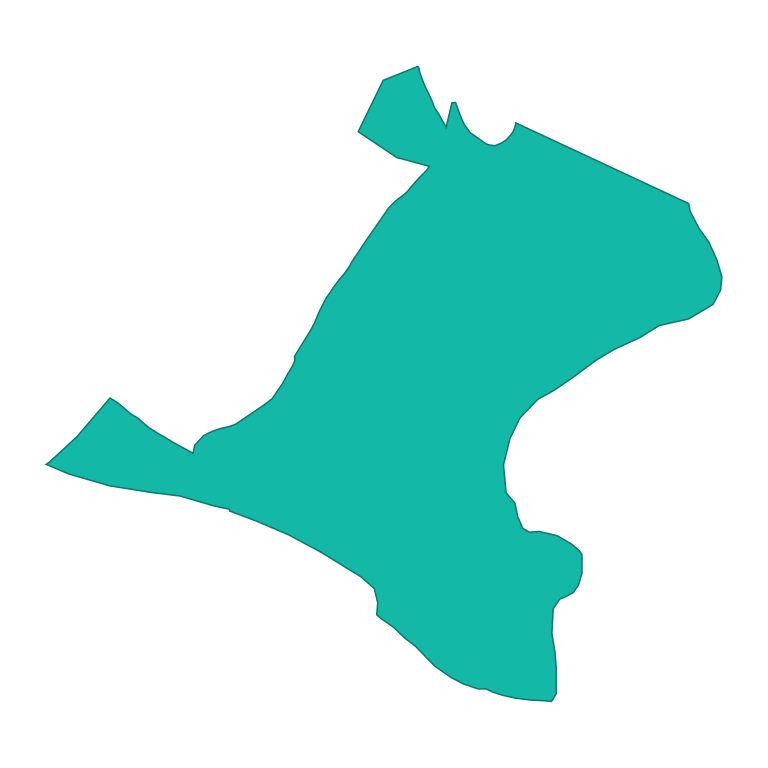 Marisule/East Winds, Gros Islet, Saint Lucia (Mercator projection)
{"feature_id": "8701671B58662152175879", "entity_name": "Marisule/East Winds", "entity_type": "district", "adm_level": 2, "iso_a3": "LCA", "parent_name": "Saint Lucia", "parent_adm1": "Gros Islet", "projection": "mercator", "projection_center": [-60.969, 14.054], "detail": "fine", "context": "isolated", "style": "filled", "palette": "teal", "viewbox_px": 768, "rotation_deg": 0, "n_neighbors": 0, "source": "geoboundaries", "source_scale": "gbopen_adm2", "svg_char_len": 2233}
<svg xmlns="http://www.w3.org/2000/svg" viewBox="0 0 768 768"><path d="M688.8,203.6L515.6,122.8L515.5,124.8L514.6,127.9L512.8,132.2L509.8,136.1L506.0,140.1L501.3,143.1L495.0,145.7L488.2,144.8L484.7,143.1L480.7,140.0L476.2,136.9L470.2,132.7L466.9,128.0L464.5,124.9L461.9,119.3L459.8,114.2L457.9,108.9L455.6,102.5L451.9,102.8L451.4,104.8L446.1,127.4L445.1,125.3L442.3,120.5L438.8,114.2L434.5,107.5L432.0,100.9L427.8,92.0L424.6,85.2L421.7,77.8L419.7,72.0L418.7,67.2L417.7,66.5L383.2,80.3L358.2,131.7L396.6,157.5L429.4,166.3L426.3,170.7L421.4,175.5L415.7,181.7L410.8,187.3L407.3,191.6L401.8,196.4L398.9,198.3L394.1,202.3L388.8,207.7L370.7,233.9L365.6,241.2L359.2,250.9L353.7,258.9L349.2,266.7L344.2,273.8L339.6,279.1L333.1,287.8L329.5,293.4L326.3,297.8L323.5,303.2L319.7,310.6L317.1,316.6L314.5,323.0L310.9,329.7L294.5,356.4L294.9,360.5L292.6,365.8L287.6,374.2L282.7,383.3L276.8,391.9L272.1,398.7L264.2,404.8L251.0,413.8L240.3,421.0L235.7,424.2L229.0,426.6L221.9,428.1L214.2,430.6L209.9,432.4L203.6,435.7L194.7,445.2L193.1,453.2L180.2,446.3L177.6,444.9L172.3,441.9L165.3,437.5L160.3,434.8L156.3,432.4L150.7,428.7L148.0,427.0L145.4,424.7L141.4,421.3L138.6,418.6L135.9,416.9L133.9,415.9L130.3,413.5L119.9,404.6L118.0,403.1L113.3,400.0L110.0,398.0L76.9,436.7L49.2,462.3L46.1,464.4L69.1,474.1L109.8,485.9L152.2,492.6L179.9,496.0L214.1,506.0L229.3,509.2L229.8,511.1L255.2,520.6L288.5,534.8L321.7,552.6L345.5,567.4L360.5,576.5L374.3,588.5L377.7,602.8L376.7,614.8L381.4,618.9L393.6,627.3L405.2,638.5L415.4,646.2L434.4,665.8L441.2,670.7L451.4,677.7L463.6,684.0L477.9,688.9L486.0,688.9L493.5,692.4L502.3,695.2L514.6,698.0L530.9,700.1L545.2,700.8L551.3,701.5L552.2,700.5L556.2,693.7L556.2,680.4L556.2,667.1L554.8,650.8L551.9,633.8L552.6,619.7L553.3,608.6L559.8,599.0L565.5,596.8L573.4,592.4L578.5,585.0L582.0,573.1L582.0,561.3L582.0,554.9L579.9,551.4L571.9,544.3L557.0,535.6L539.2,531.5L529.1,532.2L522.7,528.2L517.6,516.4L515.0,503.2L506.1,492.7L503.5,465.0L509.9,438.7L520.1,417.7L538.0,399.2L554.6,390.0L573.8,376.8L596.8,359.7L614.6,349.2L640.2,337.4L659.3,325.5L688.7,318.9L713.0,304.4L720.6,290.0L721.9,276.8L716.8,259.7L713.2,251.6L709.1,242.6L698.9,228.1L690.0,211.0L688.8,203.6Z" fill="#14b8a6" stroke="#0f766e" stroke-width="1.5"/></svg>